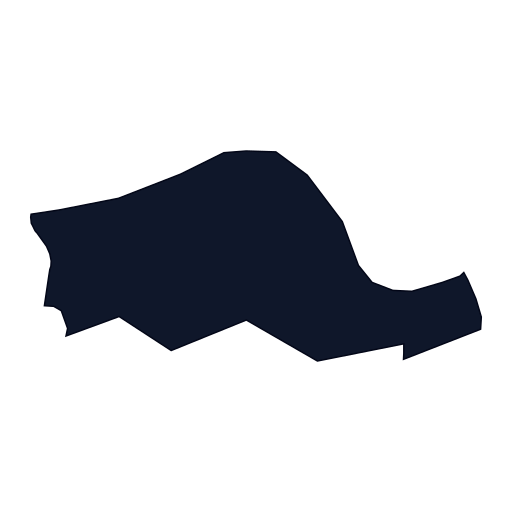 the district of London Road, Vieux Fort, Saint Lucia
{"feature_id": "8701671B97252067164265", "entity_name": "London Road", "entity_type": "district", "adm_level": 2, "iso_a3": "LCA", "parent_name": "Saint Lucia", "parent_adm1": "Vieux Fort", "projection": "natural_earth1", "projection_center": [-60.943, 13.798], "detail": "fine", "context": "isolated", "style": "filled", "palette": "ink", "viewbox_px": 512, "rotation_deg": 0, "n_neighbors": 0, "source": "geoboundaries", "source_scale": "gbopen_adm2", "svg_char_len": 718}
<svg xmlns="http://www.w3.org/2000/svg" viewBox="0 0 512 512"><path d="M66.0,336.0L119.1,316.5L171.2,350.5L246.3,320.0L317.4,361.0L403.8,343.8L403.8,353.4L403.5,359.3L480.6,329.2L481.3,317.0L475.9,298.8L467.9,280.2L463.8,272.5L460.0,276.1L442.4,282.4L411.9,291.3L392.8,290.4L372.1,282.4L358.4,265.4L342.3,221.6L307.2,175.1L275.9,151.9L246.1,151.0L223.9,152.7L180.4,174.2L118.5,198.3L58.9,210.0L31.1,214.2L30.7,217.1L31.0,220.0L31.3,223.2L32.2,224.9L33.1,226.7L34.4,229.4L35.1,230.8L35.9,231.8L36.9,232.8L41.2,238.8L46.5,246.2L49.8,253.8L51.2,261.0L51.1,262.8L50.9,266.4L50.1,268.6L49.8,269.5L48.8,275.9L44.4,305.7L53.7,306.3L61.3,310.7L67.6,328.4L66.0,336.0Z" fill="#0f172a" stroke="#020617" stroke-width="1.5"/></svg>